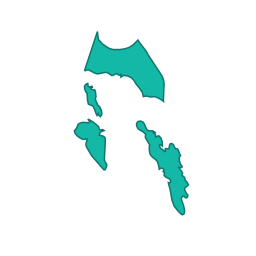 map outline of Surigao del Norte (Equal Earth projection), rotated 158°
{"feature_id": "PHL-2593", "entity_name": "Surigao del Norte", "entity_type": "Province", "adm_level": 1, "iso_a3": "PHL", "parent_name": "Philippines", "parent_adm1": "", "projection": "equal_earth", "projection_center": [125.751, 9.888], "detail": "fine", "context": "isolated", "style": "filled", "palette": "teal", "viewbox_px": 256, "rotation_deg": 158, "n_neighbors": 0, "source": "natural_earth", "source_scale": "10m", "svg_char_len": 3311}
<svg xmlns="http://www.w3.org/2000/svg" viewBox="0 0 256 256"><g transform="rotate(158 128 128)"><path d="M85.8,205.8L85.4,203.2L82.6,193.2L82.2,191.5L81.9,188.0L77.1,164.2L76.9,161.0L77.3,157.8L78.2,155.0L84.5,141.1L85.0,139.3L86.6,141.8L88.8,144.6L91.2,146.9L95.6,148.4L99.3,150.9L102.0,151.3L101.4,155.5L102.4,160.5L104.0,165.6L104.7,170.1L106.0,173.2L109.0,176.5L112.6,178.5L115.5,177.8L115.3,178.4L115.1,179.0L114.9,179.6L114.5,180.3L116.2,180.2L117.2,181.1L118.1,182.7L119.4,182.8L122.2,182.4L123.4,182.7L125.9,186.4L127.0,187.5L128.3,188.1L135.9,189.5L138.3,191.3L142.7,196.6L143.9,197.1L145.5,197.0L147.0,197.4L146.9,197.4L120.2,228.9L121.7,223.6L122.2,220.8L121.3,218.7L120.5,216.2L119.8,214.9L116.5,209.9L115.3,208.6L113.5,207.1L111.7,206.0L106.2,203.8L101.3,202.6L96.8,202.3L92.6,203.0L85.8,205.8ZM119.0,123.7L119.2,126.8L118.3,129.1L116.3,130.3L113.6,129.7L111.7,127.7L111.3,125.1L111.4,122.1L110.9,118.9L109.7,117.5L106.1,116.1L104.7,114.0L106.0,114.1L106.4,114.0L105.3,113.0L104.9,112.2L105.0,111.4L105.6,110.4L105.6,109.3L102.5,109.4L101.2,106.5L101.4,102.3L102.9,98.4L103.6,99.9L104.5,100.6L105.3,100.0L105.6,97.8L105.3,97.0L103.5,94.1L102.9,92.4L102.0,92.4L101.4,94.6L100.5,94.8L99.4,94.0L98.0,93.5L97.2,94.4L96.2,96.1L95.0,97.5L93.1,97.2L92.1,95.4L92.1,93.0L91.7,90.9L90.0,90.1L89.7,89.1L89.8,84.6L89.5,82.8L91.5,81.6L92.6,78.5L92.9,74.8L92.2,71.9L93.2,71.3L94.1,71.4L95.0,72.1L95.8,73.2L95.4,70.4L94.5,68.0L94.3,65.8L95.8,63.6L95.2,63.1L94.9,62.6L94.6,61.9L94.0,61.1L94.5,58.4L93.5,55.2L93.2,52.6L96.3,51.5L97.9,51.1L98.5,50.1L98.5,46.1L98.2,44.8L97.8,44.0L97.7,43.1L98.5,41.8L99.2,41.4L100.1,41.3L100.8,41.7L101.6,43.7L102.7,44.1L103.8,43.8L104.7,43.1L105.3,41.3L105.6,34.6L106.5,30.3L107.3,28.5L108.3,27.4L109.9,27.1L110.9,28.1L112.7,32.2L114.4,38.0L114.3,44.3L111.8,56.3L111.4,60.7L111.0,62.3L110.5,61.8L109.4,61.6L108.4,62.3L108.3,64.7L109.4,66.1L111.2,68.1L112.3,70.5L110.9,73.2L111.8,74.4L110.4,75.5L110.7,77.3L112.3,78.5L114.5,78.0L113.5,82.8L113.4,85.8L114.1,88.2L116.2,91.7L117.0,93.9L117.3,96.0L116.8,98.3L116.0,101.0L114.9,103.4L114.1,104.4L114.5,105.6L115.5,112.7L114.0,115.6L115.2,118.4L117.4,121.2L119.0,123.7ZM177.2,138.2L178.3,140.3L179.1,143.1L178.8,145.5L175.8,147.0L173.7,149.4L172.6,150.2L171.2,150.5L167.7,150.2L162.7,147.7L161.0,147.7L161.9,151.3L160.0,149.2L158.1,146.6L154.8,140.5L154.7,139.8L154.9,139.0L155.1,138.1L154.8,136.9L154.0,136.3L153.0,136.3L152.0,136.0L151.1,134.5L152.9,134.7L154.6,134.5L156.2,133.7L157.4,132.0L156.0,131.2L154.1,129.8L152.9,127.9L153.4,125.5L161.4,108.4L161.9,106.8L161.9,105.1L161.5,103.6L161.4,102.0L162.4,100.2L164.9,97.8L166.1,98.4L172.1,115.9L173.5,125.4L173.5,127.3L172.9,129.2L170.9,131.6L170.0,133.3L172.5,133.8L174.2,134.5L175.6,136.0L177.2,138.2ZM154.3,163.4L155.8,165.0L155.2,168.6L153.0,175.4L153.6,177.5L153.5,180.3L152.8,182.8L151.6,183.9L149.6,184.5L148.6,184.4L149.4,181.6L148.6,180.7L147.1,180.2L145.8,180.3L145.8,179.1L147.1,179.2L147.6,179.1L147.6,177.8L144.9,175.4L144.9,176.7L144.5,175.1L144.7,173.4L145.8,169.5L146.4,168.3L146.9,167.9L147.3,167.3L147.6,165.7L147.6,164.2L147.4,162.2L147.6,161.0L146.3,158.3L146.1,154.1L147.1,150.4L149.3,148.9L150.1,150.1L150.4,151.1L150.3,152.6L151.5,151.8L152.0,151.3L152.2,154.2L152.0,158.2L152.4,161.8L154.3,163.4Z" fill="#14b8a6" stroke="#0f766e" stroke-width="1.5"/></g></svg>